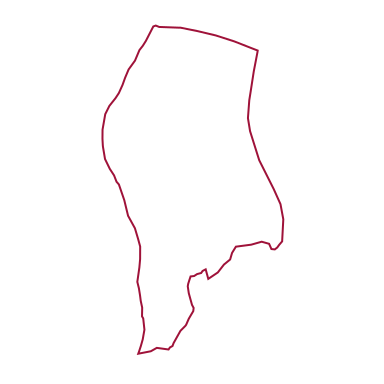 Omala, Kogi, Nigeria (Equal Earth projection), rotated 3°
{"feature_id": "59680162B69944768623609", "entity_name": "Omala", "entity_type": "district", "adm_level": 2, "iso_a3": "NGA", "parent_name": "Nigeria", "parent_adm1": "Kogi", "projection": "equal_earth", "projection_center": [7.533, 7.781], "detail": "fine", "context": "isolated", "style": "outline", "palette": "rose", "viewbox_px": 384, "rotation_deg": 3, "n_neighbors": 0, "source": "geoboundaries", "source_scale": "gbopen_adm2", "svg_char_len": 1410}
<svg xmlns="http://www.w3.org/2000/svg" viewBox="0 0 384 384"><g transform="rotate(3 192 192)"><path d="M146.8,356.3L159.2,353.2L165.0,349.5L176.8,350.5L178.1,348.4L180.6,346.8L181.5,343.9L184.6,337.6L187.7,331.3L188.2,330.7L192.4,326.0L193.1,324.9L195.4,318.8L197.3,315.1L199.5,310.9L199.7,307.7L197.9,304.7L194.1,293.3L192.7,286.4L193.0,283.9L193.9,280.4L195.0,276.4L198.5,275.8L201.4,273.7L205.4,272.4L206.7,270.3L209.7,268.5L212.8,277.9L219.6,272.8L222.0,271.0L227.7,262.8L233.6,257.4L235.2,250.7L238.7,244.3L253.9,241.5L264.2,238.0L271.7,239.7L274.3,244.8L277.7,245.0L280.0,243.0L281.9,240.1L284.6,236.6L284.6,214.5L283.5,209.9L281.0,199.5L273.5,184.9L257.6,157.0L257.4,156.6L246.8,128.2L244.0,115.3L244.4,97.3L245.3,88.8L247.4,68.1L248.2,62.4L250.1,48.6L250.2,47.3L249.3,47.0L245.0,45.6L226.4,39.4L207.5,34.4L188.9,31.0L171.9,28.5L169.5,28.6L150.6,28.9L147.1,27.7L144.7,28.7L138.0,43.6L135.2,48.6L132.1,53.0L128.2,63.8L122.3,72.9L119.2,81.5L117.0,88.8L113.8,97.0L110.7,102.3L105.0,110.3L101.3,118.8L99.4,134.4L99.8,143.5L100.5,150.1L100.7,151.4L103.4,163.6L108.7,173.2L113.3,179.5L116.1,185.7L118.6,188.3L124.8,203.7L129.4,219.1L136.9,231.2L140.6,241.6L143.1,249.2L143.7,261.7L143.4,270.0L142.1,284.6L144.0,290.9L145.5,297.9L145.6,298.4L146.5,303.4L148.3,310.1L148.6,318.8L149.9,320.8L151.7,332.0L150.5,341.8L149.0,348.4L147.6,353.6L146.8,356.3Z" fill="none" stroke="#9f1239" stroke-width="2"/></g></svg>